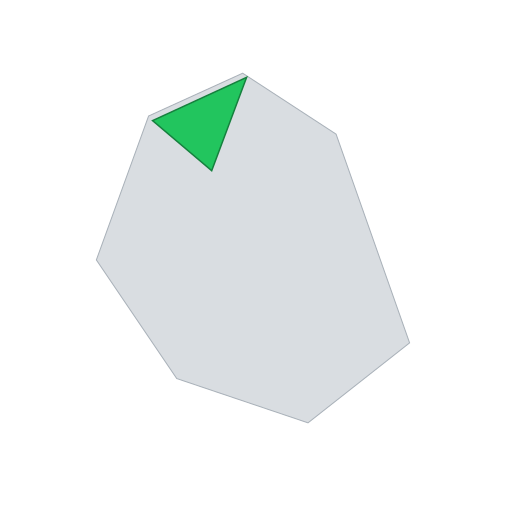 Anabar on a map of Nauru (orthographic projection), rotated 311°
{"feature_id": "NRU-4979", "entity_name": "Anabar", "entity_type": "state/province", "adm_level": 1, "iso_a3": "NRU", "parent_name": "Nauru", "parent_adm1": "", "projection": "orthographic", "projection_center": [166.943, -0.497], "detail": "fine", "context": "in_parent", "style": "filled", "palette": "green", "viewbox_px": 512, "rotation_deg": 311, "n_neighbors": 0, "source": "natural_earth", "source_scale": "10m", "svg_char_len": 374}
<svg xmlns="http://www.w3.org/2000/svg" viewBox="0 0 512 512"><g transform="rotate(311 256 256)"><path d="M400.5,236.5L291.2,428.9L164.2,404.7L111.5,276.6L148.3,138.1L291.2,83.1L385.2,126.0L400.5,236.5Z" fill="#d9dde1" stroke="#a8b0b8" stroke-width="1"/><path d="M290.3,89.1L384.7,131.7L291.3,166.6L290.3,89.1Z" fill="#22c55e" stroke="#15803d" stroke-width="1.5"/></g></svg>